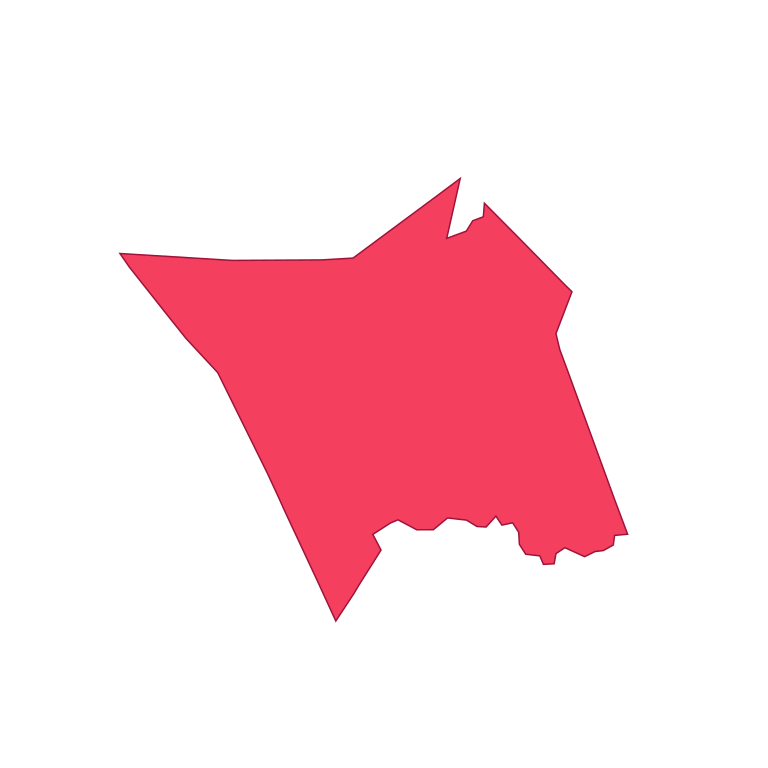 Jurema, Pernambuco, Brazil, rotated 316°
{"feature_id": "56859067B8163642250611", "entity_name": "Jurema", "entity_type": "district", "adm_level": 2, "iso_a3": "BRA", "parent_name": "Brazil", "parent_adm1": "Pernambuco", "projection": "robinson", "projection_center": [-36.144, -8.75], "detail": "fine", "context": "isolated", "style": "filled", "palette": "rose", "viewbox_px": 768, "rotation_deg": 316, "n_neighbors": 0, "source": "geoboundaries", "source_scale": "gbopen_adm2", "svg_char_len": 867}
<svg xmlns="http://www.w3.org/2000/svg" viewBox="0 0 768 768"><g transform="rotate(316 384 384)"><path d="M454.9,661.3L469.5,627.6L524.6,503.6L534.4,481.3L542.7,467.2L583.3,448.2L583.0,438.6L582.5,375.0L581.8,323.7L571.6,332.7L561.3,328.2L549.4,331.2L530.3,322.8L581.6,289.1L549.4,285.0L449.2,271.9L425.2,251.3L360.7,189.7L284.7,106.7L282.0,123.2L275.9,185.2L273.2,213.8L272.3,260.3L237.9,367.8L228.6,394.6L225.0,404.5L199.8,477.9L184.7,521.0L216.5,513.9L227.2,511.0L266.5,501.4L271.5,484.4L292.1,488.5L299.7,491.4L306.3,511.6L318.3,523.1L336.7,524.5L342.9,532.1L348.8,539.2L351.9,551.1L358.1,557.8L372.7,556.8L370.8,567.4L380.1,573.2L377.9,584.2L370.0,593.4L367.7,604.9L376.7,615.9L373.4,624.5L381.5,631.5L389.9,625.5L400.4,627.4L408.4,647.6L419.4,651.1L426.1,656.2L437.1,659.1L444.7,653.1L454.9,661.3Z" fill="#f43f5e" stroke="#9f1239" stroke-width="1.5"/></g></svg>